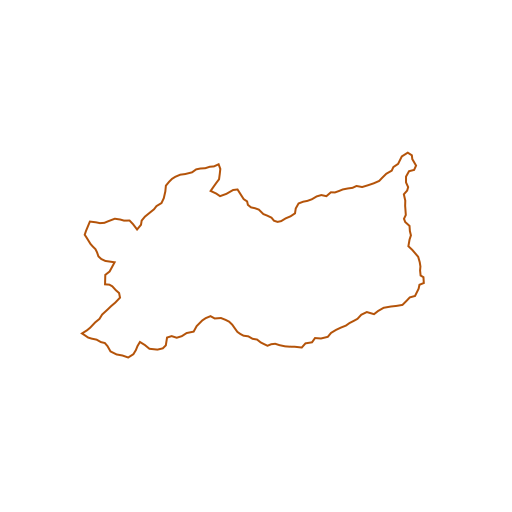 Iacri, São Paulo, Brazil (Robinson projection), rotated 52°
{"feature_id": "56859067B52512979226911", "entity_name": "Iacri", "entity_type": "district", "adm_level": 2, "iso_a3": "BRA", "parent_name": "Brazil", "parent_adm1": "São Paulo", "projection": "robinson", "projection_center": [-50.627, -21.796], "detail": "fine", "context": "isolated", "style": "outline", "palette": "amber", "viewbox_px": 512, "rotation_deg": 52, "n_neighbors": 0, "source": "geoboundaries", "source_scale": "gbopen_adm2", "svg_char_len": 2815}
<svg xmlns="http://www.w3.org/2000/svg" viewBox="0 0 512 512"><g transform="rotate(52 256 256)"><path d="M380.6,140.4L375.8,137.1L372.7,138.3L368.4,135.6L365.5,132.9L361.7,130.8L356.5,128.7L347.4,129.1L342.1,129.9L337.6,124.9L335.1,121.2L331.1,119.4L326.8,116.5L321.1,117.5L317.8,116.5L315.9,112.7L312.8,110.6L308.3,107.6L304.3,104.3L298.4,101.5L297.5,96.6L295.4,93.7L290.4,92.5L285.8,88.9L283.4,83.2L285.5,78.4L283.3,74.2L275.9,73.2L272.6,71.2L268.0,72.8L267.3,79.8L270.9,87.3L270.5,93.0L272.3,96.5L271.4,102.7L272.1,108.7L272.7,112.7L271.2,118.5L269.2,124.2L267.0,129.9L262.7,133.7L261.7,138.0L259.4,141.9L257.0,146.6L255.9,150.5L254.5,154.7L251.9,157.8L252.2,163.7L248.2,167.0L246.4,171.5L245.7,177.0L244.2,181.6L242.3,185.3L240.8,190.1L243.0,195.4L246.4,199.0L246.0,204.3L244.6,209.5L244.0,214.7L242.4,218.0L239.3,220.1L235.3,220.2L231.1,222.3L227.5,224.4L221.2,225.2L217.7,227.4L214.6,230.0L210.7,230.9L207.5,229.4L203.6,230.7L192.2,229.6L189.9,233.4L188.8,241.1L186.7,247.5L182.3,248.9L176.8,251.7L175.2,246.5L173.9,242.1L172.8,237.9L169.0,234.0L165.4,230.5L160.7,229.0L159.5,234.0L157.2,237.5L155.6,241.9L152.8,246.0L150.9,249.8L150.7,254.9L147.8,261.4L145.3,265.6L143.9,270.8L143.5,274.7L144.0,278.7L145.1,283.7L149.3,287.7L153.7,293.1L156.1,297.9L155.4,303.7L156.4,307.6L156.5,314.5L156.6,319.3L157.7,324.3L160.6,327.4L161.9,333.4L155.2,333.3L150.2,333.8L146.9,338.2L143.7,340.5L139.7,344.3L137.6,351.1L136.5,355.1L134.0,358.8L131.0,361.3L126.6,365.7L129.3,370.5L131.5,374.4L133.8,377.9L137.4,378.2L144.6,379.0L147.9,378.8L151.8,378.3L155.2,379.0L159.3,380.4L163.1,379.8L167.1,377.8L173.9,371.3L178.1,380.9L178.1,386.4L185.4,392.4L188.3,389.2L191.4,387.9L196.7,387.5L200.9,386.7L205.1,388.8L206.1,395.7L206.3,401.0L206.8,405.7L207.4,413.3L209.2,418.1L209.3,423.5L210.4,430.8L210.5,434.9L209.9,440.8L213.1,439.7L216.9,438.5L219.9,436.4L223.8,433.1L228.4,431.2L231.5,428.7L235.6,428.5L241.6,429.4L247.7,426.5L252.2,422.5L257.3,419.2L257.9,413.1L256.2,408.6L254.0,404.8L252.3,400.4L257.7,398.4L263.5,397.1L269.1,391.3L271.4,386.3L270.9,382.1L265.5,376.3L267.2,371.8L271.6,368.8L273.5,363.8L274.0,358.1L277.2,351.7L274.7,345.9L273.7,338.0L274.0,333.9L275.4,328.9L279.8,327.0L283.3,321.8L287.6,319.3L291.2,317.6L295.5,317.0L299.5,317.2L304.3,317.4L307.7,316.4L311.1,314.9L314.6,311.5L319.1,309.7L322.5,306.6L327.0,305.5L330.4,303.9L333.8,302.2L334.9,298.3L337.0,294.9L340.7,292.4L345.1,288.7L348.1,285.4L351.5,281.2L356.3,276.3L355.3,270.8L358.5,265.0L357.0,260.0L361.0,255.6L363.9,249.2L362.8,244.2L363.5,238.4L364.7,233.1L366.2,228.0L366.4,223.6L367.3,219.0L368.0,214.7L367.1,209.2L368.4,203.2L371.3,201.1L374.5,198.8L374.5,193.6L375.4,187.3L378.8,180.9L381.9,175.9L384.7,170.7L384.0,164.9L383.3,160.3L385.4,155.3L381.9,148.0L379.3,144.9L380.6,140.4Z" fill="none" stroke="#b45309" stroke-width="2"/></g></svg>